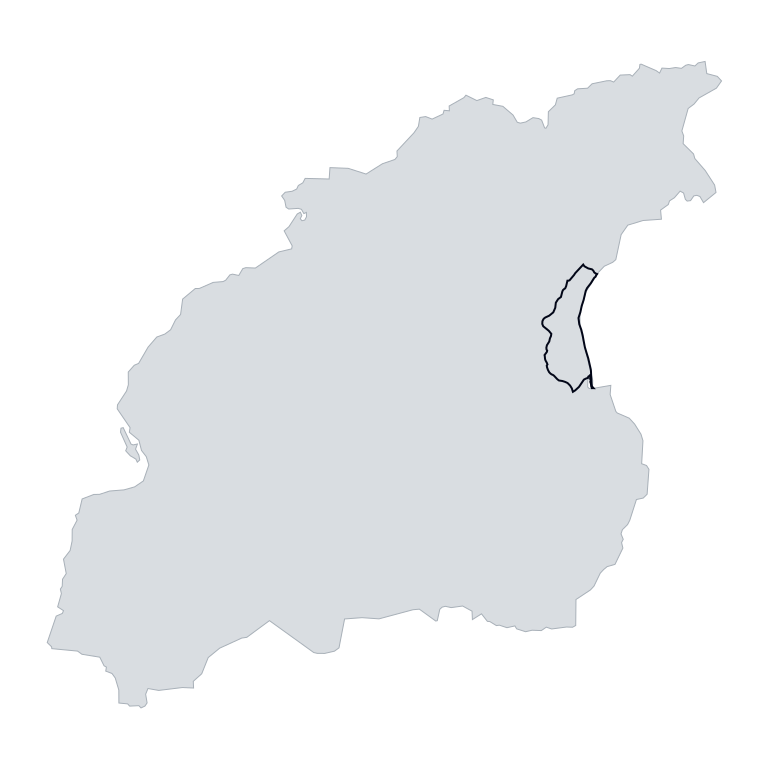 Iran, with Mazandaran highlighted, rotated 91°
{"feature_id": "IRN-3214", "entity_name": "Mazandaran", "entity_type": "Province", "adm_level": 1, "iso_a3": "IRN", "parent_name": "Iran", "parent_adm1": "", "projection": "equal_earth", "projection_center": [52.513, 36.378], "detail": "fine", "context": "in_parent", "style": "outline", "palette": "ink", "viewbox_px": 768, "rotation_deg": 91, "n_neighbors": 0, "source": "natural_earth", "source_scale": "10m", "svg_char_len": 5114}
<svg xmlns="http://www.w3.org/2000/svg" viewBox="0 0 768 768"><g transform="rotate(91 384 384)"><path d="M381.4,157.2L390.6,157.7L407.4,151.7L408.9,150.3L413.9,138.2L419.7,132.7L429.7,126.2L436.2,124.1L459.2,125.0L460.9,120.1L464.7,117.6L489.6,119.0L493.5,122.8L495.1,129.6L516.0,135.9L520.3,138.0L525.5,143.1L529.7,144.4L535.1,142.1L538.4,143.7L543.9,142.3L560.3,149.9L562.7,157.7L565.7,161.2L569.4,164.5L582.4,170.5L586.3,174.0L596.1,188.3L622.1,188.1L623.9,191.2L623.8,197.3L626.0,212.1L624.3,217.5L627.8,222.4L627.6,231.6L629.2,238.1L626.5,247.1L623.6,248.9L625.5,256.8L623.1,264.5L623.6,267.4L619.7,274.0L619.5,276.5L612.1,282.5L618.0,291.5L609.6,292.0L604.6,301.5L606.4,312.9L605.2,318.8L606.1,322.0L608.3,324.3L619.7,326.6L620.1,328.1L608.5,344.7L609.2,351.1L618.9,384.9L618.0,401.9L619.6,419.3L648.6,424.4L652.0,428.9L654.4,438.6L654.5,445.9L653.7,449.6L622.6,494.4L639.7,516.8L640.5,521.8L651.0,543.7L660.6,555.0L676.9,561.2L684.6,569.5L691.3,569.1L691.0,580.3L694.3,603.9L692.6,614.7L698.3,616.9L707.0,615.3L710.2,617.4L712.1,621.3L709.9,623.5L710.5,632.7L708.3,634.7L707.6,643.5L694.6,643.8L682.6,647.6L678.2,650.9L675.9,657.2L671.9,656.6L670.6,659.0L662.1,663.4L659.5,681.3L656.4,685.7L654.4,711.5L652.5,711.8L648.4,716.2L621.8,707.7L619.0,701.6L616.2,700.5L612.5,706.4L599.2,702.9L594.7,704.0L591.9,702.2L584.8,702.0L579.1,698.4L564.7,701.4L555.9,694.9L546.4,693.1L534.9,693.2L525.5,688.5L520.6,690.3L518.3,686.9L504.2,683.8L499.5,672.2L499.3,666.5L495.8,656.5L494.4,642.1L491.2,631.5L485.1,622.9L469.1,617.7L460.8,620.4L454.7,625.3L444.5,628.1L436.7,637.8L432.1,637.1L413.5,650.3L409.5,650.1L395.5,641.3L389.3,639.6L376.5,639.9L369.6,634.0L367.7,629.7L351.2,620.5L341.0,612.0L337.9,604.0L333.5,598.3L323.6,593.6L318.0,588.6L302.6,586.8L291.8,574.3L291.7,570.3L285.4,556.6L284.4,546.7L283.0,544.1L277.6,540.0L276.8,537.4L278.0,531.1L271.1,527.2L270.1,524.2L270.3,514.6L253.8,491.5L250.5,478.7L247.5,478.2L232.6,486.5L228.4,481.8L215.5,473.7L213.7,470.6L217.0,469.1L220.2,470.6L222.2,468.9L221.5,466.1L218.2,464.4L213.8,464.6L215.0,467.1L210.8,469.6L209.9,472.8L210.7,482.3L209.0,485.0L202.1,486.5L197.8,489.6L194.0,486.1L192.9,479.2L190.6,474.7L187.0,473.1L184.3,468.7L179.8,466.4L180.0,442.4L168.6,441.8L169.0,423.6L174.4,405.6L163.8,389.4L159.3,377.0L156.4,374.7L150.8,375.1L132.3,358.4L125.8,354.1L116.9,352.8L115.9,347.0L118.3,340.5L114.2,332.1L113.0,329.7L109.3,328.7L109.7,323.4L104.9,323.7L96.3,309.1L93.8,307.1L99.0,296.1L95.7,287.2L98.0,279.7L102.6,280.1L104.3,270.0L112.8,259.7L120.0,255.3L120.8,252.2L119.5,246.7L115.1,239.7L115.9,233.9L117.4,231.0L125.1,227.9L125.5,226.6L122.0,224.5L108.9,224.4L101.9,217.5L95.2,215.8L91.6,200.7L90.5,198.9L87.4,198.4L85.5,195.6L84.7,185.6L80.2,181.2L76.9,166.4L76.8,162.8L78.1,159.6L71.0,153.2L70.4,143.4L71.9,141.1L63.8,134.1L60.0,133.7L59.7,132.5L65.9,117.4L68.3,113.9L63.3,111.6L63.6,104.2L62.5,98.0L63.2,92.1L60.0,87.8L59.3,85.2L60.6,78.7L57.5,75.5L55.9,68.6L68.0,66.7L70.6,56.1L75.1,51.8L82.4,56.8L92.5,74.0L98.7,78.9L103.2,84.7L125.8,90.6L130.7,88.7L138.5,89.1L148.6,78.5L153.1,77.2L164.9,66.6L179.3,56.9L186.7,55.4L197.1,67.7L191.0,71.4L189.9,74.5L190.5,77.5L195.3,80.7L195.8,84.1L194.1,85.9L187.8,87.8L186.0,91.3L192.7,96.9L195.9,101.7L199.6,102.9L205.3,110.5L214.4,109.5L216.0,127.8L220.9,143.0L230.5,149.5L255.6,154.4L258.3,157.4L262.4,165.8L268.8,171.7L288.3,183.7L309.7,189.3L324.0,189.0L376.6,175.4L381.5,175.4L373.7,178.8L376.6,180.3L383.4,180.3L384.9,178.9L385.1,176.7L381.4,157.2ZM463.4,630.8L460.2,636.4L455.3,641.1L451.5,639.7L436.8,646.6L432.8,646.2L432.2,644.0L448.5,635.9L449.3,633.8L448.3,629.5L453.5,631.3L459.3,627.9L464.2,626.9L466.5,629.3L463.4,630.8Z" fill="#d9dde1" stroke="#a8b0b8" stroke-width="1"/><path d="M270.3,172.8L271.8,173.9L272.5,174.1L273.0,174.3L274.0,175.5L274.5,175.9L279.7,179.0L284.5,182.6L287.3,183.9L296.6,185.9L302.5,187.7L308.7,188.9L314.6,190.7L320.8,189.8L326.3,187.7L332.0,186.2L338.0,185.0L343.7,183.8L349.4,182.0L354.9,180.2L365.9,177.5L367.4,177.3L380.5,176.5L382.9,175.9L384.5,174.4L384.5,176.1L382.6,176.8L380.2,177.1L378.7,177.6L378.3,177.8L377.8,177.7L376.9,177.4L376.4,177.5L375.5,177.9L375.0,178.0L373.0,177.7L371.3,177.7L371.6,178.2L372.0,178.4L373.1,178.3L372.5,178.6L372.2,178.6L373.0,179.8L374.4,180.4L374.5,180.4L374.6,181.0L375.0,182.1L376.1,184.2L383.5,189.0L387.1,192.8L388.5,195.0L385.1,196.1L382.3,197.9L379.8,200.5L378.7,203.0L377.9,205.7L377.4,209.2L376.1,210.9L372.7,214.2L371.9,215.4L371.5,216.5L370.7,217.7L369.3,219.1L366.9,220.4L364.4,221.3L362.7,221.6L361.6,220.9L359.9,221.6L357.7,222.9L356.2,223.4L352.8,223.8L352.3,224.0L349.2,221.8L347.8,221.4L346.7,222.1L344.9,222.3L342.4,221.8L338.6,219.5L335.5,218.9L333.2,217.9L330.9,217.6L327.9,220.2L323.5,225.8L321.2,226.8L318.5,226.7L316.9,226.0L315.9,225.4L314.7,223.9L312.8,220.0L309.4,216.0L304.8,214.1L299.7,213.6L296.1,211.4L293.9,208.6L288.4,207.3L287.0,206.7L285.8,205.4L285.2,204.5L283.0,203.6L277.5,202.4L277.5,201.5L277.1,200.3L271.7,195.9L269.9,194.8L261.1,186.9L262.8,185.7L264.9,181.8L265.7,178.1L267.0,176.7L268.8,175.7L269.9,174.1L270.2,173.0L270.3,172.8Z" fill="none" stroke="#020617" stroke-width="2"/></g></svg>